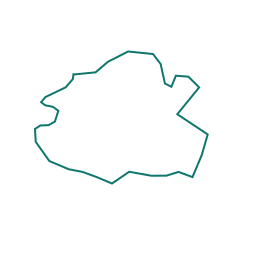 the border of Vitina, rotated 135°
{"feature_id": "KOS-5905", "entity_name": "Vitina", "entity_type": "District", "adm_level": 1, "iso_a3": "XKX", "parent_name": "Kosovo", "parent_adm1": "", "projection": "robinson", "projection_center": [21.372, 42.321], "detail": "fine", "context": "isolated", "style": "outline", "palette": "teal", "viewbox_px": 256, "rotation_deg": 135, "n_neighbors": 0, "source": "natural_earth", "source_scale": "10m", "svg_char_len": 615}
<svg xmlns="http://www.w3.org/2000/svg" viewBox="0 0 256 256"><g transform="rotate(135 128 128)"><path d="M203.0,183.5L197.1,190.1L194.4,193.1L188.1,191.7L182.3,186.3L175.2,184.2L165.1,189.4L166.1,196.0L170.5,202.6L171.2,207.7L164.6,208.3L143.2,200.8L132.4,201.6L128.6,204.5L128.5,204.2L111.6,190.3L95.2,189.0L73.8,182.0L58.0,162.6L59.7,150.1L70.4,133.4L68.2,126.5L57.2,131.1L49.0,121.6L49.0,106.4L83.4,102.9L76.2,67.1L95.0,56.7L117.1,47.7L123.4,61.3L134.5,67.1L145.3,77.8L158.1,96.2L178.6,100.1L184.9,115.6L191.2,129.1L199.1,140.8L207.0,160.2L203.0,183.5Z" fill="none" stroke="#0f766e" stroke-width="2"/></g></svg>